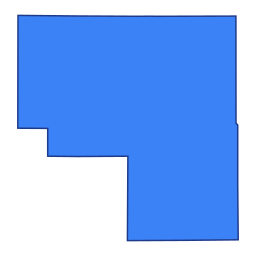 the district of Cass, Indiana, United States of America
{"feature_id": "52423323B33469895135011", "entity_name": "Cass", "entity_type": "district", "adm_level": 2, "iso_a3": "USA", "parent_name": "United States of America", "parent_adm1": "Indiana", "projection": "robinson", "projection_center": [-86.374, 40.736], "detail": "fine", "context": "isolated", "style": "filled", "palette": "blue", "viewbox_px": 256, "rotation_deg": 0, "n_neighbors": 0, "source": "geoboundaries", "source_scale": "gbopen_adm2", "svg_char_len": 345}
<svg xmlns="http://www.w3.org/2000/svg" viewBox="0 0 256 256"><path d="M18.0,15.4L17.8,128.2L47.7,128.4L47.7,140.2L47.7,156.2L78.0,156.5L127.9,156.2L127.4,240.6L187.3,240.3L238.2,239.8L237.7,183.7L237.7,125.0L236.0,123.2L235.9,16.1L156.7,16.3L150.0,16.2L137.2,16.3L77.7,16.0L18.0,15.4Z" fill="#3b82f6" stroke="#1e3a8a" stroke-width="1.5"/></svg>